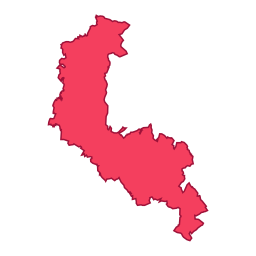 outline of Corozal, Sucre, Colombia
{"feature_id": "7082276B16477741975828", "entity_name": "Corozal", "entity_type": "district", "adm_level": 2, "iso_a3": "COL", "parent_name": "Colombia", "parent_adm1": "Sucre", "projection": "robinson", "projection_center": [-75.264, 9.206], "detail": "fine", "context": "isolated", "style": "filled", "palette": "rose", "viewbox_px": 256, "rotation_deg": 0, "n_neighbors": 0, "source": "geoboundaries", "source_scale": "gbopen_adm2", "svg_char_len": 5755}
<svg xmlns="http://www.w3.org/2000/svg" viewBox="0 0 256 256"><path d="M129.6,25.1L124.9,22.0L124.0,21.9L122.0,22.7L119.8,22.3L118.3,22.4L116.8,21.3L115.0,20.9L114.1,20.9L112.6,21.5L109.8,19.6L104.8,18.3L103.8,16.8L102.7,16.3L100.3,16.0L98.2,16.5L96.3,15.4L95.9,16.7L96.3,16.6L96.6,17.5L96.3,17.8L96.0,17.0L95.6,17.2L97.3,21.3L96.6,21.9L96.7,23.7L97.1,24.6L94.7,26.0L92.5,25.5L90.3,26.7L90.3,28.1L87.7,33.3L87.4,35.5L86.2,35.9L85.4,34.2L85.2,34.2L85.6,35.3L84.2,35.5L84.2,36.0L82.1,36.8L81.7,36.0L80.8,35.9L80.0,35.3L79.7,37.0L77.9,36.8L77.8,37.6L78.5,38.7L75.4,38.5L73.6,40.9L72.6,41.6L70.2,42.3L68.4,41.7L66.0,41.7L62.6,43.0L62.0,44.1L61.0,44.6L61.6,45.6L61.1,47.7L61.4,47.6L61.6,48.2L62.7,49.3L62.6,52.5L63.9,55.2L65.3,54.1L66.0,57.7L64.1,58.9L61.7,58.4L59.6,60.4L59.4,62.5L60.2,64.3L62.9,64.2L65.2,66.5L65.1,67.1L64.0,67.8L60.7,65.5L59.7,65.1L57.0,68.1L59.6,68.9L60.0,69.3L59.9,71.4L60.3,73.5L59.0,74.8L58.2,77.7L61.2,81.3L61.6,79.8L61.4,79.5L62.1,78.8L61.9,78.6L62.4,77.9L63.3,77.6L63.9,78.0L62.9,80.1L63.1,81.2L62.8,82.4L63.0,83.2L63.9,84.0L64.2,84.8L63.0,88.9L63.9,90.0L63.6,90.9L62.2,90.9L61.0,92.2L61.4,92.4L61.2,93.0L60.6,92.7L59.9,94.8L60.0,95.6L60.6,95.8L60.8,96.1L60.5,96.2L61.0,97.6L61.5,97.8L61.5,98.3L62.0,98.2L62.1,98.6L61.5,98.7L61.6,99.5L61.2,99.3L61.1,99.6L60.9,99.1L60.1,98.6L60.2,97.9L59.5,97.2L59.1,97.8L59.0,97.5L58.5,97.6L58.1,98.5L57.1,98.1L56.6,100.3L56.2,100.3L55.6,99.7L54.4,101.6L53.5,103.6L53.5,104.6L53.2,104.6L52.9,105.3L53.2,106.4L54.1,107.5L53.3,111.6L53.8,112.3L53.1,113.0L53.8,113.5L55.7,113.8L55.6,114.1L53.9,118.4L52.8,118.8L50.4,118.5L49.9,119.0L48.8,122.2L48.5,124.7L50.8,124.3L50.9,124.9L52.7,125.5L52.9,126.7L54.2,126.7L54.1,125.0L55.6,125.4L55.6,123.9L56.5,124.0L56.3,124.5L59.3,125.3L60.0,127.2L60.1,128.6L61.3,129.7L61.1,130.1L60.4,129.6L60.6,130.4L61.0,130.4L61.4,131.7L60.9,139.5L63.9,139.5L68.6,141.1L67.9,143.2L69.1,145.2L73.2,144.6L73.9,143.9L78.9,146.9L80.5,146.2L81.5,147.2L80.7,148.2L84.2,150.6L81.7,155.1L82.9,154.8L84.0,153.7L84.4,154.0L84.7,156.4L86.5,155.2L87.4,157.1L90.2,156.6L91.8,157.0L91.8,158.6L90.6,159.2L90.8,161.6L92.6,163.1L94.5,163.9L96.4,164.4L97.7,164.3L96.1,164.5L97.1,165.1L97.2,165.6L98.5,165.8L97.6,166.9L97.8,170.7L99.7,172.5L99.6,174.6L100.2,174.0L99.9,172.9L100.4,173.6L100.6,175.4L102.2,177.6L105.3,180.5L105.7,181.3L106.8,179.1L109.9,178.7L111.4,178.2L114.7,180.6L116.4,179.2L117.9,178.9L119.0,177.6L121.1,182.1L123.9,185.2L124.5,187.6L127.2,190.1L128.3,192.0L128.6,191.8L129.2,192.6L130.1,192.0L131.2,193.5L130.0,193.8L131.4,196.2L132.6,195.8L132.4,199.4L135.8,198.6L136.3,201.5L136.3,203.4L137.5,205.3L141.2,204.8L142.4,205.3L144.7,205.3L150.2,202.9L149.2,200.5L150.0,198.3L149.8,197.8L151.6,197.0L152.3,197.2L153.7,199.7L154.9,199.0L157.9,200.2L158.6,199.6L161.0,198.6L159.4,201.8L161.4,200.9L165.2,201.5L166.8,201.1L167.2,203.5L166.4,204.1L167.9,206.3L168.7,206.9L171.1,207.6L172.7,208.7L176.4,208.2L178.1,207.4L180.0,208.6L179.8,214.8L181.0,216.1L180.8,216.9L180.0,217.3L179.4,224.5L178.3,225.1L178.6,225.8L176.3,227.2L173.9,230.7L177.2,232.5L180.7,233.1L181.7,234.0L182.6,235.9L183.6,237.2L186.9,239.6L189.9,240.6L191.7,238.1L189.2,233.7L190.2,231.8L191.6,233.6L193.7,231.4L196.4,229.7L197.8,228.0L201.2,225.5L202.5,225.0L203.4,223.2L198.6,219.4L195.1,219.0L194.8,215.4L196.2,215.8L199.4,214.1L201.5,212.4L203.1,212.2L203.8,211.6L204.8,211.7L207.5,210.5L205.3,207.2L206.3,206.3L202.2,201.1L200.6,199.6L199.9,195.9L199.6,195.6L198.2,196.2L197.3,196.1L197.8,193.2L194.7,189.0L193.4,188.3L192.4,186.9L191.9,187.3L190.4,185.5L189.1,182.9L187.1,184.8L184.2,191.4L182.8,192.6L181.2,188.9L181.2,187.9L178.8,186.2L181.4,182.5L183.3,181.4L184.8,178.8L184.4,177.0L184.5,175.5L183.4,175.4L182.5,174.7L183.5,173.3L183.2,172.1L182.4,170.9L182.1,170.9L182.0,169.0L183.3,168.1L185.2,167.8L185.8,167.1L185.8,166.8L187.6,165.6L189.9,166.2L191.4,164.2L193.2,163.8L192.3,159.7L192.9,156.5L192.5,155.9L191.4,155.7L191.1,154.7L191.4,154.3L191.2,154.2L191.0,154.5L190.4,154.3L190.4,153.2L189.7,152.7L189.1,150.4L187.4,149.4L187.6,148.7L187.0,147.4L187.5,146.5L186.7,145.0L184.2,142.5L181.5,141.7L180.9,142.7L176.8,142.7L175.8,146.7L174.2,149.0L173.6,148.1L173.8,145.8L172.1,144.6L174.0,140.6L172.0,138.2L171.7,137.9L171.0,138.3L170.8,137.9L168.9,137.8L167.7,137.0L166.9,138.2L164.5,135.5L161.8,133.9L159.7,133.8L158.8,137.4L156.2,140.2L157.0,140.2L156.9,140.6L157.3,140.7L157.6,140.5L157.4,141.4L154.8,140.0L153.3,138.6L153.1,138.0L153.4,135.7L151.7,132.7L152.0,130.0L151.1,127.6L151.2,125.4L150.7,124.1L149.5,125.0L148.8,126.6L148.1,127.4L143.5,127.7L141.5,128.7L141.3,129.0L141.8,128.7L141.3,129.2L142.0,129.9L141.1,130.1L141.4,130.6L141.0,130.7L140.9,131.4L141.1,131.5L140.5,132.8L140.2,132.7L140.1,133.7L139.9,133.7L140.0,133.1L139.6,132.7L140.5,132.1L140.3,130.6L140.5,130.1L140.3,129.3L139.0,129.1L137.2,130.6L132.8,132.2L130.7,132.3L129.8,133.9L128.4,134.0L128.0,134.4L127.3,134.3L127.3,134.9L126.2,135.2L125.0,137.0L123.6,138.1L121.3,135.0L120.8,135.3L119.0,133.2L122.5,131.3L124.4,129.9L126.1,128.0L124.1,128.0L122.9,127.1L122.3,128.2L118.7,132.0L116.8,133.0L114.1,132.9L111.1,131.5L111.4,128.3L110.1,126.5L108.9,129.5L108.7,129.8L108.1,129.6L107.6,129.0L107.7,126.3L105.7,124.6L106.1,116.5L107.6,113.1L107.8,105.8L104.7,101.9L104.1,99.8L104.7,97.2L106.3,93.5L106.5,92.5L105.6,89.8L106.9,86.2L107.2,84.2L105.9,80.8L105.0,79.8L104.3,77.0L105.5,75.9L104.7,73.4L106.7,72.8L108.8,67.7L108.1,67.6L108.2,66.8L108.6,66.9L109.8,65.1L110.0,62.9L109.6,61.4L108.6,60.4L108.3,58.3L107.7,57.4L107.8,55.5L108.1,54.5L108.9,53.9L111.4,53.3L112.3,52.7L114.0,53.0L114.9,54.3L117.2,55.2L119.3,56.7L120.2,56.7L127.2,53.7L126.1,51.2L121.1,46.8L120.8,45.9L120.9,44.4L121.9,42.1L123.4,40.3L119.1,34.6L121.9,33.8L124.5,29.9L127.3,28.2L129.6,25.1Z" fill="#f43f5e" stroke="#9f1239" stroke-width="1.5"/></svg>